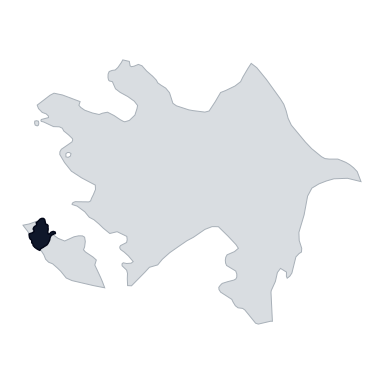 location of Sharur District, Şərur, Azerbaijan
{"feature_id": "54616110B53436270368491", "entity_name": "Sharur District", "entity_type": "district", "adm_level": 2, "iso_a3": "AZE", "parent_name": "Azerbaijan", "parent_adm1": "Şərur", "projection": "natural_earth1", "projection_center": [45.071, 39.583], "detail": "fine", "context": "in_parent", "style": "filled", "palette": "ink", "viewbox_px": 384, "rotation_deg": 0, "n_neighbors": 0, "source": "geoboundaries", "source_scale": "gbopen_adm2", "svg_char_len": 4740}
<svg xmlns="http://www.w3.org/2000/svg" viewBox="0 0 384 384"><path d="M272.4,321.3L270.7,321.2L258.3,324.1L255.6,323.2L244.8,309.9L242.6,308.4L238.0,307.8L235.3,305.7L233.1,302.1L231.8,299.4L220.7,292.2L219.0,289.6L218.8,287.3L220.4,285.2L222.2,283.4L227.6,281.7L233.8,280.1L235.8,279.0L236.8,277.1L236.8,274.0L235.7,271.0L226.6,265.5L225.6,263.1L225.3,260.2L225.8,257.2L227.1,254.8L234.5,251.6L238.4,248.3L235.9,244.5L227.9,236.0L218.4,226.7L212.1,226.6L204.9,229.4L193.4,237.3L187.0,240.7L178.7,246.4L169.7,252.7L162.3,259.3L157.7,264.9L149.4,267.3L145.2,271.9L131.5,285.8L127.6,285.6L127.3,278.7L127.5,273.3L126.6,270.1L122.1,265.8L122.0,263.9L123.2,262.8L126.6,263.5L131.1,263.2L133.2,261.6L128.4,255.9L124.2,252.1L120.6,249.5L119.8,248.0L119.8,246.9L120.5,245.6L126.6,242.5L127.2,239.6L126.8,236.4L117.1,231.7L109.8,233.5L103.3,228.2L99.1,224.1L93.9,219.7L89.3,217.3L84.8,211.8L77.1,206.1L72.1,204.5L72.2,203.6L73.1,202.5L75.2,201.7L88.9,201.9L90.6,200.9L91.5,198.4L93.3,194.8L95.5,189.5L95.3,185.1L81.5,177.8L71.4,171.2L64.5,162.5L59.8,154.5L59.9,151.8L61.3,149.3L72.0,141.9L72.7,140.0L72.5,138.7L68.6,134.9L63.8,131.0L62.3,128.2L59.3,126.8L53.5,126.6L43.5,121.9L41.3,121.4L40.9,120.5L41.3,119.5L48.5,117.6L48.4,116.0L46.2,113.9L42.2,112.4L38.5,108.6L37.2,105.1L50.1,95.2L54.0,93.2L62.5,95.0L80.1,101.6L78.9,105.3L80.7,107.4L84.7,110.2L92.5,113.0L99.1,114.5L102.4,113.2L107.5,112.2L114.0,115.5L120.1,119.6L123.2,121.3L124.8,121.8L129.4,120.4L134.9,115.1L137.0,108.6L137.6,105.5L134.3,101.2L127.7,96.5L120.2,92.4L115.5,88.8L112.4,81.7L109.3,80.9L108.5,79.9L108.0,77.5L108.1,74.1L109.2,71.5L112.2,70.4L115.2,70.0L117.9,67.5L121.3,62.6L122.8,59.9L129.3,61.4L130.1,65.8L131.3,66.7L134.0,66.2L138.4,64.4L142.0,65.8L146.6,71.0L152.9,76.5L156.4,80.2L157.7,82.8L161.0,85.2L165.7,88.1L169.5,92.7L172.9,103.3L176.4,105.8L188.6,109.8L192.9,110.6L204.9,112.1L209.1,111.0L215.1,101.9L220.6,92.5L225.7,90.5L235.0,86.0L240.6,81.7L242.9,77.0L248.0,68.3L251.2,63.4L256.8,67.7L266.5,79.6L280.4,98.9L283.8,104.3L286.1,110.7L288.1,118.3L291.3,125.1L305.5,142.2L311.6,148.6L321.5,156.7L325.0,158.6L329.5,159.1L337.9,159.1L345.7,162.3L349.6,164.6L353.6,167.8L357.2,171.6L361.0,181.6L347.5,178.3L333.9,178.8L326.3,181.0L318.9,183.9L311.9,188.1L307.6,196.1L304.1,214.9L298.9,232.4L299.2,240.5L301.7,248.3L301.5,252.0L299.0,253.6L295.9,256.9L291.9,273.0L289.8,276.2L287.2,278.2L286.4,276.3L286.5,272.1L280.5,268.4L277.4,272.5L275.4,281.4L271.2,290.7L271.0,292.5L272.4,321.3ZM70.4,156.1L71.0,153.6L69.3,152.5L67.5,152.5L65.9,153.7L65.9,156.8L68.1,157.4L70.4,156.1ZM26.0,229.2L24.0,226.6L23.0,225.2L29.0,224.0L39.0,220.5L41.7,222.2L44.6,225.7L46.1,228.8L46.3,234.4L47.5,235.3L52.3,233.4L54.5,235.7L58.2,238.4L64.7,241.0L74.0,236.8L78.7,235.8L82.5,235.9L84.6,237.2L85.3,241.5L84.6,246.9L83.5,249.8L85.5,252.0L93.1,257.1L96.3,260.0L94.8,265.0L100.5,277.2L102.5,281.9L104.7,287.8L93.0,285.5L72.0,280.6L66.2,278.0L60.7,271.2L57.4,268.0L52.6,263.8L48.6,262.2L45.6,259.2L43.9,254.9L41.4,251.0L37.1,246.4L27.3,230.8L26.0,229.2ZM38.5,125.1L37.2,125.9L35.2,125.1L34.6,123.1L34.8,121.1L36.7,120.7L38.4,121.2L38.8,123.1L38.5,125.1Z" fill="#d9dde1" stroke="#a8b0b8" stroke-width="1"/><path d="M55.2,233.6L55.4,233.2L55.1,232.1L54.3,231.8L53.6,231.5L52.7,231.6L52.0,231.8L51.4,232.1L50.7,232.5L50.1,233.3L49.7,233.8L49.0,234.1L48.3,233.9L47.8,232.7L47.8,231.9L47.8,230.9L48.1,230.1L48.1,229.4L48.1,228.8L48.1,228.1L48.0,227.7L47.9,226.9L48.1,226.0L47.9,225.5L47.6,225.0L47.2,224.6L46.7,224.5L46.2,224.3L45.8,224.0L45.5,223.3L45.3,222.5L45.2,221.8L45.0,221.2L44.9,220.7L44.9,220.2L44.6,219.6L44.3,219.1L43.7,218.7L43.2,218.4L42.7,218.4L41.8,218.4L41.1,218.7L40.6,218.9L39.9,219.3L39.4,219.9L38.8,220.5L38.5,221.0L37.8,221.5L37.5,221.8L36.8,222.3L36.4,222.4L36.2,222.9L36.5,223.4L36.8,224.1L36.7,224.5L36.3,225.1L36.2,225.5L35.7,225.9L35.2,226.2L34.7,226.4L34.1,227.0L33.9,227.3L33.6,227.8L33.4,228.4L33.2,229.0L33.4,229.4L33.5,229.8L33.8,230.1L34.0,230.5L34.2,230.9L34.2,231.3L33.8,231.6L33.6,232.2L32.9,232.4L32.5,232.7L32.1,233.0L31.5,233.1L31.0,233.3L30.2,233.5L29.7,233.7L29.3,233.9L29.2,234.0L29.1,234.7L29.2,235.4L29.3,236.2L29.5,237.5L29.7,238.0L30.1,238.7L30.4,239.2L31.2,239.7L31.6,240.3L31.8,241.5L31.7,242.2L31.9,242.9L32.4,243.5L32.9,244.1L33.1,244.5L33.2,245.6L33.9,246.3L34.3,246.7L34.6,247.2L35.5,247.8L36.1,248.3L36.7,248.7L37.3,249.1L38.0,249.5L38.8,249.9L39.8,250.3L40.2,249.7L40.8,248.6L41.5,248.3L42.4,247.7L43.4,247.2L44.0,246.7L44.6,246.3L45.7,245.7L46.2,245.3L47.0,244.8L47.4,244.2L47.9,243.6L48.1,243.2L48.4,242.5L48.8,241.9L49.0,241.4L49.4,240.7L49.6,240.1L49.8,239.2L49.9,238.4L50.2,237.4L50.5,236.8L50.9,236.0L51.3,235.4L51.9,235.0L52.7,234.6L53.4,234.3L54.0,233.9L54.6,233.7L55.2,233.6Z" fill="#0f172a" stroke="#020617" stroke-width="1.5"/></svg>